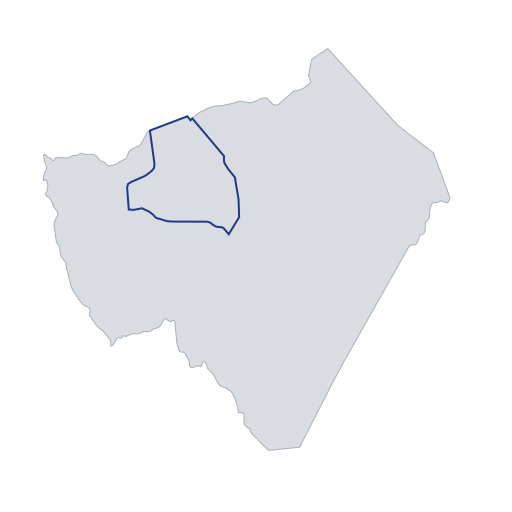 location of Ouargla within Algeria, rotated 262°
{"feature_id": "DZA-2194", "entity_name": "Ouargla", "entity_type": "Province", "adm_level": 1, "iso_a3": "DZA", "parent_name": "Algeria", "parent_adm1": "", "projection": "robinson", "projection_center": [6.675, 30.952], "detail": "fine", "context": "in_parent", "style": "outline", "palette": "blue", "viewbox_px": 512, "rotation_deg": 262, "n_neighbors": 0, "source": "natural_earth", "source_scale": "10m", "svg_char_len": 4483}
<svg xmlns="http://www.w3.org/2000/svg" viewBox="0 0 512 512"><g transform="rotate(262 256 256)"><path d="M385.3,59.4L385.7,60.6L385.7,61.7L384.0,62.7L382.9,63.3L381.5,66.1L379.0,68.0L378.6,68.6L378.6,69.1L380.3,70.0L380.9,70.8L381.2,71.9L380.5,75.9L379.4,82.9L379.4,84.4L380.1,86.2L380.7,87.6L380.9,89.2L380.7,93.2L381.6,95.5L382.2,97.6L380.7,100.2L380.1,102.5L379.7,105.9L379.5,107.9L378.6,109.9L377.3,111.7L375.9,112.8L374.1,113.8L372.0,115.1L370.4,118.5L366.8,121.4L366.1,122.4L365.7,124.7L365.8,127.9L366.5,130.4L368.2,134.2L369.7,138.3L370.1,140.3L370.7,141.1L372.9,142.5L376.5,144.3L377.2,145.1L379.1,147.9L380.8,153.0L381.4,156.4L387.9,161.5L394.2,166.1L394.7,166.8L398.1,182.2L399.4,187.7L403.8,207.5L402.0,208.6L400.0,210.0L401.5,212.7L404.4,217.1L406.2,220.6L406.8,222.2L408.2,226.5L409.4,230.8L409.7,232.2L410.1,235.4L409.7,244.4L410.6,255.8L411.7,261.5L410.0,266.7L408.6,271.6L408.7,274.1L409.5,277.9L410.3,280.8L411.4,282.3L411.3,287.1L410.8,288.8L407.5,291.3L403.9,293.6L402.9,295.6L402.6,297.8L403.1,299.5L413.7,315.8L414.1,317.4L414.3,322.0L416.0,327.7L417.9,330.3L418.7,332.2L420.0,333.5L421.3,334.5L422.2,334.6L426.9,333.0L434.9,335.6L442.5,338.3L443.1,338.8L447.5,347.6L451.4,355.9L366.0,414.3L356.6,423.2L334.5,445.1L332.8,446.1L303.6,452.6L288.4,455.8L287.7,456.0L286.8,456.0L286.2,456.0L284.9,455.4L283.3,454.1L282.3,453.5L282.0,452.4L282.7,451.0L283.4,449.8L283.7,448.8L284.2,448.1L284.9,447.5L284.9,446.7L284.4,445.3L283.9,443.3L284.0,439.9L284.0,438.3L282.6,436.9L279.9,435.5L277.5,434.6L276.4,434.3L273.7,433.8L270.0,432.9L268.7,432.2L266.3,429.0L265.2,428.2L259.6,427.6L257.8,427.1L256.3,426.3L255.0,425.3L254.2,423.5L254.0,422.0L253.6,421.3L247.5,417.9L245.9,416.7L245.1,415.6L245.1,413.9L245.3,411.9L245.0,410.1L244.8,409.3L137.9,327.4L132.1,323.2L119.2,313.7L60.6,272.6L61.6,243.1L61.8,241.6L62.1,240.9L64.1,239.8L67.2,237.3L68.3,236.2L69.8,235.1L74.9,231.8L75.9,230.8L80.9,227.0L82.1,226.4L84.7,226.0L85.8,225.3L87.3,223.8L89.5,222.0L91.0,221.2L91.3,221.0L92.2,220.9L96.7,221.4L98.6,221.8L100.8,222.1L101.5,221.9L102.1,221.3L103.0,220.1L103.2,218.6L103.3,217.4L103.5,216.8L103.9,216.6L104.9,216.7L106.2,216.8L108.8,216.8L109.8,216.6L112.8,216.3L117.1,215.5L123.3,213.5L126.3,211.3L128.5,208.9L130.8,205.4L132.7,202.3L136.3,200.4L139.3,199.2L141.0,198.8L145.0,197.1L151.4,192.4L156.7,191.7L157.4,191.3L158.2,190.5L158.3,189.0L157.4,188.0L156.3,187.5L155.6,186.9L154.8,186.8L154.5,186.1L154.7,184.8L154.9,183.7L155.4,182.5L155.3,180.8L154.6,179.2L154.4,178.0L154.5,176.8L154.9,175.9L156.0,175.2L157.3,175.0L159.1,175.3L162.1,174.9L170.1,172.0L170.7,171.2L171.2,169.2L171.8,167.4L172.7,166.9L173.1,166.7L179.5,165.6L180.9,165.5L192.6,166.1L202.7,166.4L203.6,166.0L203.6,164.7L203.0,162.4L203.5,160.9L204.9,159.6L206.8,158.0L206.0,156.2L204.6,154.9L202.6,153.4L201.6,152.8L199.8,151.0L198.7,149.0L198.1,144.7L196.8,142.2L195.9,139.2L196.9,133.8L195.6,130.4L195.5,129.0L195.5,127.3L196.0,124.4L195.8,120.3L194.4,116.0L195.1,114.6L195.5,113.9L195.4,113.2L194.0,111.9L193.4,110.8L193.8,109.7L194.6,108.2L194.5,107.6L192.3,105.7L188.5,102.7L187.4,101.4L186.9,99.8L190.6,100.2L192.6,100.0L197.0,98.0L200.6,95.4L203.4,94.0L205.9,91.1L208.1,89.3L211.2,87.3L220.4,83.1L221.8,83.1L224.7,84.0L227.3,83.7L229.1,82.2L231.1,78.6L234.1,76.5L237.8,74.3L242.9,72.2L246.3,70.3L251.5,68.6L264.7,67.5L271.4,66.6L276.0,66.8L280.7,63.8L283.0,62.8L293.0,62.5L297.7,60.3L315.6,60.3L317.8,61.0L319.9,62.2L323.6,65.1L325.4,65.8L327.7,65.2L333.2,62.4L339.4,61.0L342.8,59.4L344.3,57.0L347.1,56.1L348.8,57.9L355.2,59.8L359.1,59.3L360.9,58.7L360.2,56.0L364.4,56.7L367.6,58.0L371.0,60.6L373.1,61.2L377.1,60.0L385.3,59.4Z" fill="#d9dde1" stroke="#a8b0b8" stroke-width="1"/><path d="M395.0,168.4L395.1,168.6L395.6,171.0L396.2,173.5L396.7,175.9L397.3,178.3L397.8,180.8L398.4,183.2L398.9,185.6L399.5,188.1L400.0,190.5L400.6,192.9L401.1,195.4L401.7,197.8L402.2,200.2L402.8,202.7L403.3,205.1L403.9,207.5L399.5,210.0L400.0,210.7L401.1,212.1L359.4,238.2L355.5,237.6L352.7,237.6L345.8,240.6L337.0,246.0L314.4,246.6L296.8,244.7L281.3,232.0L288.0,227.9L289.0,226.6L290.6,220.6L291.5,219.4L292.9,217.7L295.2,215.6L296.7,212.8L301.7,178.3L302.8,173.0L304.6,169.0L306.1,166.1L306.8,164.0L307.5,162.7L307.8,162.3L308.3,161.8L310.9,160.1L314.6,156.6L319.1,149.8L318.7,140.9L319.3,138.8L319.7,136.5L341.7,137.9L345.1,139.3L346.7,142.8L350.7,157.1L351.6,158.9L353.9,163.1L355.3,165.2L357.2,167.2L359.8,168.0L362.5,168.3L395.0,168.4L395.0,168.4Z" fill="none" stroke="#1e3a8a" stroke-width="2"/></g></svg>